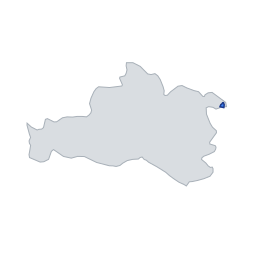 Izola on a map of Slovenia (orthographic projection), rotated 202°
{"feature_id": "SVN-1027", "entity_name": "Izola", "entity_type": "Municipality", "adm_level": 1, "iso_a3": "SVN", "parent_name": "Slovenia", "parent_adm1": "", "projection": "orthographic", "projection_center": [13.637, 45.516], "detail": "fine", "context": "in_parent", "style": "filled", "palette": "blue", "viewbox_px": 256, "rotation_deg": 202, "n_neighbors": 0, "source": "natural_earth", "source_scale": "10m", "svg_char_len": 1913}
<svg xmlns="http://www.w3.org/2000/svg" viewBox="0 0 256 256"><g transform="rotate(202 128 128)"><path d="M223.4,94.7L218.0,92.7L211.5,92.1L210.3,93.3L207.7,94.6L206.5,96.7L207.8,105.1L206.2,106.5L198.9,105.9L196.5,107.0L192.6,112.9L188.6,115.5L183.4,117.4L179.6,119.6L174.7,121.6L170.6,122.8L169.0,125.4L168.1,128.2L168.4,130.9L172.8,136.2L173.5,141.9L173.2,148.9L172.3,152.6L170.7,155.2L160.3,158.6L149.5,164.6L149.3,165.9L154.4,170.9L154.6,172.2L150.5,175.2L150.2,178.1L150.7,181.5L153.0,184.9L153.9,188.0L147.9,190.4L139.7,189.7L130.0,185.5L126.6,186.2L123.4,188.5L120.0,187.6L116.3,185.0L111.0,179.5L108.4,176.1L107.4,172.5L105.9,172.0L103.8,173.1L102.1,177.5L97.3,185.5L93.8,187.6L88.4,187.2L80.9,187.4L76.2,188.1L70.4,185.3L69.0,185.9L69.0,187.7L66.9,190.6L63.4,192.5L47.0,188.3L44.7,184.7L48.4,183.0L53.5,178.5L57.0,179.0L61.2,178.0L63.1,176.0L60.4,170.2L53.6,163.1L50.0,160.4L45.1,158.6L44.2,156.7L47.0,145.4L46.1,143.8L40.5,144.3L39.2,143.2L38.8,141.2L39.1,138.5L42.9,134.1L47.1,130.3L48.3,128.1L48.1,126.4L42.7,124.7L39.5,122.9L36.9,122.3L35.2,123.3L33.9,122.1L32.6,118.9L33.9,114.0L38.7,109.4L43.9,105.4L48.4,102.4L51.0,101.1L52.2,96.1L54.9,96.6L60.2,96.8L66.1,98.0L71.7,99.4L76.5,101.1L86.8,102.9L96.1,104.0L98.9,105.0L101.2,104.9L104.0,106.4L105.7,105.2L106.8,103.1L111.9,100.7L116.5,97.5L119.7,93.4L121.5,90.2L124.6,87.9L128.0,87.2L131.1,86.0L144.2,84.3L157.7,85.2L164.1,82.8L169.3,78.8L177.0,77.5L177.4,77.5L189.0,80.1L189.9,78.4L190.3,77.6L189.9,69.2L193.4,65.2L196.7,63.5L208.2,63.7L209.8,66.2L210.6,70.2L211.8,75.5L213.7,76.9L214.9,79.0L214.8,82.8L217.2,85.5L222.7,92.8L223.4,94.7Z" fill="#d9dde1" stroke="#a8b0b8" stroke-width="1"/><path d="M46.8,182.8L50.7,182.2L50.7,184.4L50.0,185.6L49.7,186.9L49.5,187.0L49.0,187.2L48.7,187.1L48.5,186.8L48.2,186.2L47.9,186.0L47.5,185.6L47.3,184.8L47.2,184.3L47.1,183.9L46.8,183.2L46.8,182.8Z" fill="#3b82f6" stroke="#1e3a8a" stroke-width="1.5"/></g></svg>